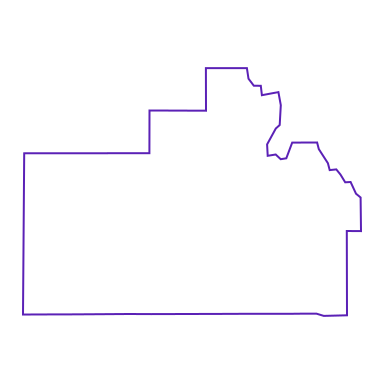 Oneida, Idaho, United States of America
{"feature_id": "52423323B61185328632609", "entity_name": "Oneida", "entity_type": "district", "adm_level": 2, "iso_a3": "USA", "parent_name": "United States of America", "parent_adm1": "Idaho", "projection": "albers", "projection_center": [-112.403, 42.25], "detail": "fine", "context": "isolated", "style": "outline", "palette": "violet", "viewbox_px": 384, "rotation_deg": 0, "n_neighbors": 0, "source": "geoboundaries", "source_scale": "gbopen_adm2", "svg_char_len": 735}
<svg xmlns="http://www.w3.org/2000/svg" viewBox="0 0 384 384"><path d="M24.2,153.3L23.0,314.5L30.6,314.5L55.9,314.4L65.9,314.4L66.5,314.4L83.8,314.3L100.0,314.2L128.8,314.0L151.1,314.1L222.8,313.9L246.4,313.8L290.5,313.8L299.9,313.7L316.6,313.7L323.8,315.9L326.9,315.8L327.2,315.8L347.0,315.3L346.8,231.0L361.0,231.1L360.6,197.5L356.0,193.7L350.6,182.0L345.2,182.3L340.5,174.6L336.3,169.4L329.7,170.1L327.9,163.2L318.8,149.1L317.1,142.5L292.2,142.6L286.3,158.3L280.7,159.2L275.7,154.5L267.7,155.8L267.1,144.4L275.8,128.5L279.7,125.0L280.8,105.2L278.4,92.1L261.9,95.2L260.8,85.8L253.8,85.7L248.5,78.7L246.9,68.1L234.2,68.1L205.9,68.1L206.0,110.7L149.5,110.5L149.4,153.2L24.2,153.3Z" fill="none" stroke="#5b21b6" stroke-width="2"/></svg>